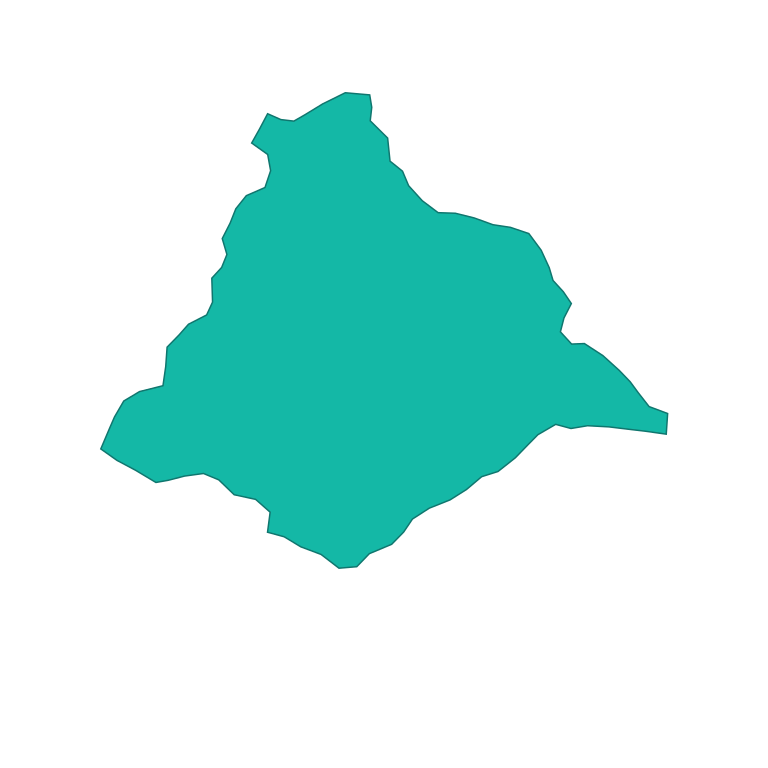 Campo Limpo Paulista, São Paulo, Brazil (Mercator projection), rotated 127°
{"feature_id": "56859067B17451469585276", "entity_name": "Campo Limpo Paulista", "entity_type": "district", "adm_level": 2, "iso_a3": "BRA", "parent_name": "Brazil", "parent_adm1": "São Paulo", "projection": "mercator", "projection_center": [-46.762, -23.21], "detail": "fine", "context": "isolated", "style": "filled", "palette": "teal", "viewbox_px": 768, "rotation_deg": 127, "n_neighbors": 0, "source": "geoboundaries", "source_scale": "gbopen_adm2", "svg_char_len": 1311}
<svg xmlns="http://www.w3.org/2000/svg" viewBox="0 0 768 768"><g transform="rotate(127 384 384)"><path d="M566.1,371.8L564.1,352.4L558.0,331.7L558.2,309.1L546.3,295.8L528.3,293.6L507.4,281.4L490.4,279.2L474.7,280.0L455.9,273.1L436.8,261.5L418.5,254.6L399.2,250.2L385.3,240.3L363.9,234.7L346.2,232.5L331.9,230.6L312.9,222.6L307.0,207.9L294.8,196.3L282.9,178.6L272.7,161.0L264.9,147.7L254.2,128.4L236.9,139.7L242.5,158.7L237.9,175.9L234.1,188.6L231.6,204.1L229.6,226.2L231.1,248.3L239.2,258.2L236.2,274.5L223.0,280.0L207.0,282.8L202.4,296.3L199.6,311.3L191.7,322.0L182.6,338.9L176.7,358.8L182.8,377.3L191.2,392.8L197.1,411.9L204.7,429.8L214.6,443.9L214.6,463.8L210.8,483.7L202.9,497.3L202.4,513.3L185.4,529.1L182.1,553.4L170.4,560.3L161.7,569.4L174.7,590.2L197.1,601.5L216.6,609.2L228.3,614.2L234.9,625.5L238.2,639.6L255.0,636.9L271.2,634.7L270.7,615.0L281.9,602.9L298.7,597.3L316.4,607.3L333.2,607.8L348.2,603.7L365.2,600.7L375.1,587.4L388.6,583.8L403.1,585.2L421.8,570.2L435.6,567.2L453.9,576.1L468.1,577.2L485.1,579.4L501.3,568.9L518.4,559.5L537.2,574.7L554.2,581.6L572.5,579.4L584.2,576.6L606.3,571.1L605.7,551.2L602.4,530.4L599.9,506.9L590.8,498.4L577.6,487.9L564.1,474.3L560.0,458.3L562.6,437.0L553.4,417.1L554.9,397.8L572.5,387.8L566.1,371.8Z" fill="#14b8a6" stroke="#0f766e" stroke-width="1.5"/></g></svg>